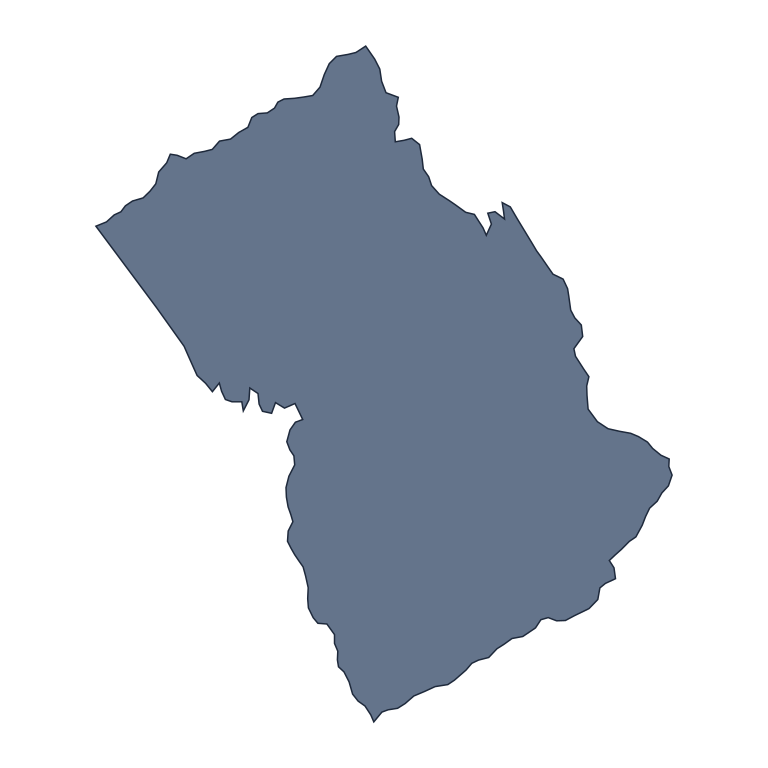 outline of Caçapava, São Paulo, Brazil
{"feature_id": "56859067B89011723747361", "entity_name": "Caçapava", "entity_type": "district", "adm_level": 2, "iso_a3": "BRA", "parent_name": "Brazil", "parent_adm1": "São Paulo", "projection": "albers", "projection_center": [-45.711, -23.104], "detail": "fine", "context": "isolated", "style": "filled", "palette": "slate", "viewbox_px": 768, "rotation_deg": 0, "n_neighbors": 0, "source": "geoboundaries", "source_scale": "gbopen_adm2", "svg_char_len": 2539}
<svg xmlns="http://www.w3.org/2000/svg" viewBox="0 0 768 768"><path d="M635.9,536.9L642.2,525.3L645.6,516.5L649.6,508.2L657.2,501.2L661.9,492.9L668.4,485.9L672.1,475.1L668.8,466.5L669.2,459.0L660.9,455.2L652.6,448.4L647.5,442.1L638.5,436.6L630.7,433.3L619.6,431.3L608.0,428.7L597.4,421.7L588.1,409.1L587.0,395.3L586.7,386.0L588.9,376.7L583.8,369.2L575.5,356.3L573.9,348.7L582.7,336.5L581.3,325.0L574.8,317.9L570.7,310.1L568.8,296.3L567.6,288.7L563.1,279.1L553.0,274.2L547.5,266.3L541.1,257.0L536.7,251.0L532.0,243.1L517.2,218.7L510.3,206.9L502.2,202.6L503.6,211.7L504.5,219.0L495.0,211.7L487.8,213.2L491.4,224.1L486.3,235.3L483.0,227.8L478.6,221.0L474.4,214.4L465.7,212.3L455.5,204.9L449.7,200.9L439.3,194.2L431.6,185.6L428.7,176.8L423.3,169.0L422.2,159.2L419.6,144.6L411.7,138.3L404.1,140.3L395.3,141.8L394.6,131.6L398.7,124.5L399.0,117.1L396.5,106.1L398.3,97.3L386.0,92.7L381.6,81.2L379.8,69.1L374.7,59.1L365.7,46.1L355.9,52.5L348.1,54.4L336.5,56.4L329.3,63.6L324.3,74.5L320.0,87.1L312.7,95.5L303.9,97.0L294.6,98.3L284.0,99.0L277.9,102.1L274.5,108.1L267.3,112.9L258.0,113.6L251.8,117.5L247.9,127.3L238.7,132.5L230.5,139.1L219.5,141.1L212.3,149.4L204.4,151.4L194.2,153.3L186.1,158.8L177.2,155.3L170.3,154.2L166.7,162.8L158.7,172.0L155.8,183.8L150.0,191.2L143.1,197.9L132.5,201.0L125.4,205.8L120.9,211.8L114.2,214.9L106.5,221.9L95.9,226.2L156.9,308.1L184.1,346.3L188.1,355.4L192.2,364.6L197.1,375.5L205.6,383.3L212.4,391.7L219.3,383.0L221.6,391.3L225.4,399.5L232.0,401.8L241.8,401.8L243.3,410.9L249.0,399.8L249.8,388.0L258.0,393.5L259.1,404.1L262.5,411.3L271.6,413.3L275.5,402.6L284.5,408.1L295.0,403.5L299.4,412.6L302.7,419.5L295.4,422.2L290.0,429.9L286.8,441.7L289.9,449.9L293.9,455.8L294.7,464.9L288.9,476.2L286.0,487.6L286.4,497.1L288.1,506.9L290.8,514.5L292.9,521.7L288.2,531.0L287.5,541.3L291.1,548.4L294.7,554.7L298.7,560.6L303.1,566.9L305.6,576.0L308.2,587.7L307.7,598.7L308.4,607.9L313.2,617.7L317.9,623.3L326.9,624.0L334.5,634.6L334.5,643.4L337.8,651.2L337.4,659.8L338.5,666.8L344.0,671.9L349.1,681.9L352.6,694.1L358.1,701.1L365.0,706.0L370.8,714.9L373.8,721.9L381.9,712.1L388.1,709.8L397.6,708.3L405.2,703.5L413.8,696.0L424.7,691.4L435.1,686.6L447.8,684.6L454.4,680.2L466.0,670.1L471.8,663.3L478.5,660.1L488.7,657.5L497.0,648.7L504.4,644.0L512.0,638.5L522.8,636.5L535.5,627.9L540.9,619.7L548.2,617.6L556.6,620.8L565.4,620.5L574.6,615.6L589.0,608.6L597.8,599.5L599.9,587.9L605.4,583.4L615.5,578.7L614.0,567.8L609.3,560.5L614.9,555.2L621.6,549.2L629.3,541.4L635.9,536.9Z" fill="#64748b" stroke="#1e293b" stroke-width="1.5"/></svg>